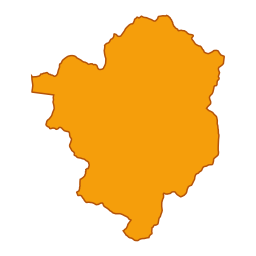 Julcan, La Libertad, Peru
{"feature_id": "86281439B76947314697902", "entity_name": "Julcan", "entity_type": "district", "adm_level": 2, "iso_a3": "PER", "parent_name": "Peru", "parent_adm1": "La Libertad", "projection": "natural_earth1", "projection_center": [-78.495, -8.189], "detail": "fine", "context": "isolated", "style": "filled", "palette": "amber", "viewbox_px": 256, "rotation_deg": 0, "n_neighbors": 0, "source": "geoboundaries", "source_scale": "gbopen_adm2", "svg_char_len": 5714}
<svg xmlns="http://www.w3.org/2000/svg" viewBox="0 0 256 256"><path d="M166.6,15.4L166.1,15.8L165.5,15.9L162.6,15.8L158.5,16.5L158.0,17.3L157.8,18.3L157.1,19.3L155.5,20.9L154.7,21.1L153.4,20.8L151.6,19.7L149.1,18.8L146.6,17.7L143.6,17.3L141.5,16.2L141.2,16.3L139.8,17.5L139.1,17.9L138.7,17.9L137.6,17.2L136.8,17.3L136.3,18.1L135.3,18.7L134.6,19.4L134.2,21.1L133.0,23.4L132.6,23.8L131.3,23.9L130.5,24.2L129.2,25.0L126.6,27.5L125.4,28.9L124.5,30.8L123.8,31.8L121.1,35.6L120.6,36.1L120.0,36.3L118.8,36.4L118.0,36.2L117.4,36.0L116.9,35.2L116.0,34.4L114.2,33.9L114.0,34.2L113.9,35.8L113.5,37.1L113.0,37.9L111.9,38.9L111.1,39.2L110.7,39.5L109.3,42.0L108.6,42.7L107.8,43.1L106.8,43.4L106.2,43.7L105.2,44.8L104.7,45.2L104.6,45.6L104.8,46.5L104.5,49.2L104.2,50.5L104.6,53.9L105.1,56.2L105.9,58.8L105.6,63.4L105.0,65.1L103.3,68.5L102.1,69.2L100.3,69.5L99.1,69.4L98.4,68.9L97.8,68.1L97.1,66.0L96.6,65.3L95.7,64.7L94.9,64.5L93.7,64.7L93.3,64.6L92.2,63.8L91.7,63.8L90.6,63.8L89.2,64.2L88.7,64.3L88.1,64.1L87.1,63.2L85.3,62.3L84.7,62.1L83.9,62.1L82.4,61.3L81.2,60.3L76.9,57.9L76.0,56.9L75.3,56.4L74.1,55.9L72.5,55.6L70.9,55.6L68.6,56.1L67.4,56.6L64.7,58.5L62.7,60.2L62.1,61.1L61.6,62.3L61.0,63.3L60.6,63.6L59.7,64.1L59.5,65.3L59.5,67.2L58.4,70.1L57.5,73.8L56.4,75.4L55.4,76.1L54.3,76.3L52.5,75.2L51.1,75.0L50.3,74.4L49.1,74.3L47.1,72.6L46.6,72.6L45.0,73.1L43.5,73.3L42.1,74.0L40.9,74.0L40.6,74.3L40.3,75.0L39.8,75.6L38.9,76.1L36.4,76.7L32.8,76.9L32.2,76.6L31.8,76.1L32.0,79.7L32.7,84.4L32.8,85.5L32.4,88.9L32.2,89.9L32.0,91.8L32.1,92.1L53.7,94.9L53.2,97.8L53.5,99.3L53.4,100.4L53.0,102.0L53.9,105.6L54.2,108.2L54.1,109.1L52.7,112.5L51.9,115.1L51.2,116.4L49.1,119.0L48.0,119.8L47.3,120.5L46.8,121.4L46.5,122.3L46.5,123.2L46.0,124.1L46.0,124.4L46.1,124.8L46.4,125.6L47.7,126.6L49.0,127.2L49.3,127.5L49.8,128.5L50.7,128.7L52.4,128.1L53.8,128.1L55.2,128.5L55.9,129.2L56.6,129.3L57.6,128.9L58.3,128.5L59.0,127.6L59.6,127.4L60.4,127.4L61.5,127.9L62.7,129.2L64.3,130.7L66.7,131.4L68.6,131.7L69.3,132.6L69.5,133.2L69.7,135.6L70.1,136.9L71.4,138.7L71.5,139.1L71.3,140.4L70.5,142.9L69.7,144.8L69.6,145.9L69.8,146.8L71.1,149.1L71.8,150.5L74.0,152.3L74.2,152.7L74.4,153.1L74.2,155.0L74.6,155.4L76.1,156.1L76.8,157.0L77.8,157.6L80.8,158.1L82.0,158.6L84.1,159.1L84.8,159.5L86.2,160.7L87.4,161.3L88.6,162.4L88.7,162.7L88.8,163.6L89.2,164.5L89.2,165.4L88.4,168.2L88.1,168.6L87.7,168.5L87.2,168.5L86.6,169.1L85.8,169.6L86.0,171.0L85.6,171.5L85.5,172.1L85.7,172.8L85.7,173.2L85.0,174.8L84.8,175.7L83.5,177.2L81.3,178.8L80.2,179.3L80.0,181.4L79.9,185.0L80.0,185.8L79.6,187.5L79.6,188.5L79.3,189.7L79.1,190.4L78.7,191.0L76.9,192.0L76.7,192.4L77.3,193.8L77.8,195.2L78.1,195.5L78.6,195.5L79.3,195.4L80.3,195.4L81.2,195.7L81.5,195.9L82.7,197.9L83.7,199.0L84.5,200.6L86.1,202.3L87.0,202.5L87.4,202.3L88.8,202.2L90.6,202.5L92.1,202.6L94.5,203.6L95.4,204.3L96.3,204.7L98.4,204.4L100.5,203.2L102.2,203.0L102.6,203.2L102.9,203.7L103.4,205.1L104.2,206.4L107.4,208.4L108.8,209.5L109.8,210.6L111.5,211.6L112.7,212.7L113.3,213.0L115.6,213.7L120.1,213.7L121.6,214.2L123.4,215.0L124.2,215.5L125.8,216.2L127.8,217.3L128.1,217.7L128.8,218.9L129.8,219.5L131.0,219.9L131.0,220.1L128.2,223.9L127.8,224.7L127.5,225.9L127.2,226.6L126.1,228.6L124.8,229.4L123.8,230.5L123.2,230.8L123.6,231.4L125.4,233.9L126.0,235.0L127.4,235.9L128.7,237.2L129.6,237.7L131.7,238.2L132.6,238.7L134.2,240.0L134.7,240.3L135.6,240.5L137.4,240.6L138.2,240.4L139.4,239.5L140.7,238.9L142.4,238.6L144.4,238.5L146.8,237.9L148.9,237.6L149.0,237.1L149.3,236.3L149.8,235.4L150.9,234.3L151.8,233.8L151.9,233.5L152.0,233.1L151.7,231.6L152.0,227.8L153.1,227.0L153.8,225.6L154.4,225.1L155.8,225.1L157.1,224.5L157.8,224.0L158.2,222.9L158.9,218.8L159.3,217.8L160.3,216.6L160.6,215.5L161.0,214.2L161.7,212.4L162.2,210.5L161.7,206.4L161.7,204.7L161.8,202.3L162.7,199.1L163.5,197.5L163.6,195.7L163.3,194.1L163.5,193.5L163.7,193.3L164.5,193.4L165.3,193.9L167.1,194.1L170.3,193.4L172.0,192.0L172.9,191.8L174.5,191.8L175.1,192.1L176.7,194.1L177.3,194.7L180.4,196.7L180.7,196.8L181.1,196.7L182.5,196.1L184.2,195.2L185.9,193.5L186.6,192.2L187.2,189.4L188.2,187.0L189.3,186.0L191.5,185.2L192.1,184.2L194.6,179.1L194.9,176.7L195.7,174.7L196.6,173.8L198.1,173.3L198.7,172.8L199.6,171.7L200.4,171.4L201.5,170.5L202.7,167.9L203.5,166.9L204.5,166.5L206.5,166.1L208.6,164.9L212.1,164.6L212.7,164.0L213.0,163.1L213.5,161.1L213.6,159.4L214.0,158.5L217.4,155.7L218.1,154.9L218.4,153.6L218.5,152.0L218.2,150.2L218.2,146.9L218.5,139.7L218.9,135.8L218.8,134.5L218.4,133.5L218.3,129.8L218.0,128.6L217.8,125.9L217.2,123.7L217.3,120.4L216.7,117.5L216.4,116.5L213.9,114.1L212.7,112.5L210.2,111.1L209.1,110.7L208.3,110.1L206.5,108.3L207.8,106.6L210.5,103.9L210.7,103.1L210.7,102.3L210.6,101.4L209.7,99.2L209.4,97.5L209.7,96.4L210.6,95.3L212.1,93.8L212.9,92.1L213.4,90.1L214.1,86.6L214.4,86.1L214.8,85.8L216.1,85.7L216.8,85.0L217.0,84.4L217.0,83.0L217.2,81.6L217.4,80.9L217.6,80.5L218.8,79.4L219.1,78.3L219.1,78.0L218.5,77.2L218.4,76.3L219.5,72.8L219.5,72.4L219.2,71.8L218.5,70.0L218.4,68.7L218.7,67.7L219.3,67.0L220.2,66.5L222.5,64.7L223.4,63.5L224.2,56.7L224.0,56.2L223.5,56.0L221.3,55.2L220.7,54.7L219.2,52.8L218.4,51.3L217.9,50.8L216.6,50.4L215.1,50.4L213.8,50.6L213.0,51.3L211.6,52.2L208.7,53.6L207.4,53.5L205.6,52.9L204.7,52.4L204.1,51.9L203.5,50.2L202.5,49.3L201.9,48.1L201.3,47.1L200.4,46.2L198.7,45.9L196.3,44.6L195.3,43.9L193.2,40.8L192.4,39.9L191.9,39.1L191.7,38.0L193.2,36.1L193.2,35.5L193.0,35.2L191.9,34.7L189.3,34.3L188.6,34.0L187.2,33.0L186.5,32.1L184.4,30.8L182.3,30.6L181.4,30.3L180.3,30.4L178.7,30.7L178.3,30.6L178.0,30.2L177.6,29.2L175.4,28.0L174.6,26.8L174.0,26.4L172.8,23.8L172.6,22.4L171.7,20.8L171.5,20.0L170.5,18.8L170.2,18.0L168.0,16.0L166.6,15.4Z" fill="#f59e0b" stroke="#b45309" stroke-width="1.5"/></svg>